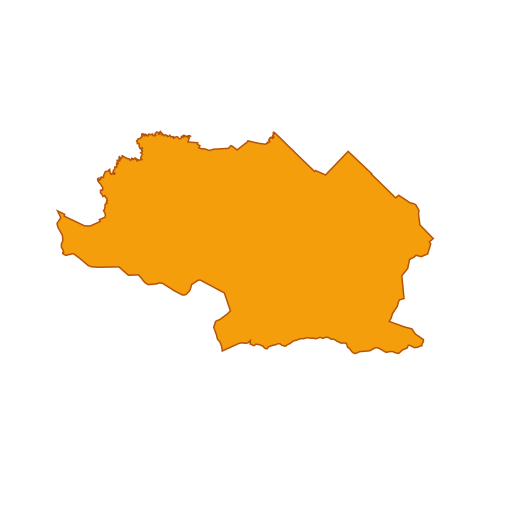 Kārķu pag., Valkas, Latvia, rotated 328°
{"feature_id": "27541924B33710891924664", "entity_name": "Kārķu pag.", "entity_type": "district", "adm_level": 2, "iso_a3": "LVA", "parent_name": "Latvia", "parent_adm1": "Valkas", "projection": "mercator", "projection_center": [25.591, 57.815], "detail": "fine", "context": "isolated", "style": "filled", "palette": "amber", "viewbox_px": 512, "rotation_deg": 328, "n_neighbors": 0, "source": "geoboundaries", "source_scale": "gbopen_adm2", "svg_char_len": 6094}
<svg xmlns="http://www.w3.org/2000/svg" viewBox="0 0 512 512"><g transform="rotate(328 256 256)"><path d="M337.0,160.8L336.4,160.3L336.1,160.4L336.0,161.1L336.3,161.4L336.1,162.1L335.1,161.8L334.6,162.6L333.9,162.8L333.6,163.3L333.6,164.0L334.2,164.6L333.8,165.0L332.4,165.1L332.1,164.2L332.2,163.7L332.0,163.4L331.4,163.2L330.8,163.7L330.0,163.2L328.8,164.3L328.2,164.4L328.5,165.9L327.9,165.8L327.2,166.6L326.1,165.6L325.8,165.6L325.4,166.4L324.6,166.1L323.4,166.3L318.0,161.9L310.2,154.1L309.9,154.6L296.1,156.0L294.4,151.1L293.7,149.6L293.2,149.1L289.7,150.1L276.5,142.9L272.4,141.8L269.3,138.0L266.5,136.0L264.8,134.0L266.9,132.8L265.5,130.2L266.6,129.1L258.8,123.3L262.9,119.6L263.4,119.4L263.9,119.6L263.9,119.3L263.6,118.9L263.3,118.9L262.4,118.2L262.3,119.2L261.6,118.8L261.3,119.3L261.0,119.2L260.6,118.5L260.6,117.8L259.3,117.2L259.6,116.8L259.3,116.6L259.2,116.2L259.3,116.0L258.9,115.4L258.3,115.7L258.4,115.9L258.1,116.2L257.7,115.8L257.6,115.3L257.2,115.2L256.4,115.6L256.1,115.4L256.0,115.9L256.3,116.3L255.1,116.1L254.3,116.5L253.4,116.2L252.8,115.0L252.8,114.2L252.2,112.9L249.7,112.2L248.9,112.8L248.5,112.6L248.5,112.2L249.1,111.6L249.2,111.1L248.7,110.6L247.0,110.1L246.9,109.7L247.1,108.1L247.0,107.9L245.7,108.3L244.3,107.9L244.2,107.7L244.6,107.0L244.5,106.8L244.0,106.4L243.6,105.3L242.9,105.1L242.0,105.4L241.8,103.7L241.3,103.3L240.5,103.5L241.3,102.2L241.1,101.8L241.1,101.2L240.8,100.8L240.9,99.7L240.0,99.9L239.0,101.8L238.2,101.5L238.0,100.8L238.6,99.8L237.6,98.2L235.4,98.7L235.0,99.5L234.1,99.9L234.7,100.1L234.9,100.4L234.0,100.6L232.5,99.4L232.5,98.5L233.1,98.1L232.9,97.7L230.7,97.2L230.0,95.9L229.1,95.9L228.6,96.1L228.5,96.7L227.6,96.8L226.7,95.5L227.2,94.9L226.8,94.3L226.1,94.7L225.8,93.7L225.2,94.0L225.5,94.8L224.9,94.9L224.5,93.2L224.9,92.6L224.5,92.1L224.0,92.0L223.2,92.7L222.7,94.5L221.7,94.3L220.2,95.1L218.1,94.1L217.3,95.0L216.1,94.9L215.6,95.2L215.7,96.8L215.1,97.3L214.9,97.9L216.3,98.6L216.4,99.2L214.9,101.2L215.0,101.9L214.6,103.0L215.0,103.8L216.7,103.9L216.9,104.0L216.9,104.3L215.1,105.2L215.1,105.6L215.6,106.0L215.0,106.5L215.0,107.3L212.9,107.4L213.5,108.4L213.6,109.6L210.3,111.4L210.1,112.2L210.5,113.5L210.2,113.8L209.3,113.1L207.9,113.0L206.9,111.7L206.0,112.4L205.5,112.4L205.5,111.7L206.2,110.6L205.9,110.2L205.1,110.0L205.2,109.7L205.7,109.3L205.3,108.7L202.5,109.0L202.3,108.6L202.9,108.0L202.5,107.3L200.6,108.3L200.0,108.2L200.0,106.6L199.9,106.3L198.8,105.6L198.2,104.3L197.3,103.5L196.9,102.3L195.8,100.2L195.3,100.2L194.9,101.2L194.5,101.7L193.6,101.9L193.1,101.5L192.8,99.4L192.2,99.6L191.5,100.8L191.5,101.1L192.2,101.3L191.6,101.6L192.0,102.0L191.9,102.4L191.3,102.4L190.8,103.2L190.3,103.1L189.9,101.7L189.1,101.4L189.4,102.1L189.3,102.5L188.6,102.5L188.5,103.1L187.7,103.2L188.1,104.1L188.0,104.7L187.4,104.8L186.7,103.8L186.1,104.5L185.2,106.7L184.4,106.7L183.6,105.7L183.4,105.7L182.2,107.4L180.1,108.0L179.6,108.8L180.1,111.0L179.8,111.7L178.8,111.4L178.4,110.9L179.0,110.5L179.2,110.1L179.0,109.7L178.0,109.5L176.6,110.1L176.2,108.8L177.8,105.0L176.7,105.1L175.9,105.8L173.5,104.7L172.8,104.6L169.4,107.0L168.3,108.5L167.7,108.3L166.9,107.1L166.5,107.0L166.0,107.3L165.0,108.7L163.3,108.7L162.8,108.5L163.4,107.9L163.3,107.6L163.5,107.2L164.2,106.8L163.6,106.5L162.9,106.6L162.2,107.0L161.8,108.3L161.8,110.4L162.3,112.7L162.3,113.6L162.0,114.4L162.3,115.8L162.2,117.0L161.2,118.4L160.6,118.8L160.0,118.0L159.0,117.8L157.6,120.0L158.0,121.9L157.7,124.5L159.9,124.6L159.9,125.2L159.6,125.5L159.5,127.0L160.1,127.8L160.1,128.5L159.0,129.7L159.3,130.3L158.8,130.8L157.7,131.0L157.9,131.4L157.4,131.5L157.2,132.4L155.3,132.2L154.9,133.1L152.2,136.3L150.8,136.6L150.5,140.2L149.6,142.0L149.0,142.7L148.3,143.1L142.4,142.1L142.1,144.2L131.4,142.7L126.6,139.6L114.5,120.6L115.8,119.3L111.6,112.6L111.3,115.7L110.7,120.1L104.8,122.8L104.3,123.3L103.2,126.8L102.8,135.8L100.4,140.5L97.1,142.9L95.6,145.6L95.5,148.8L95.1,149.6L94.8,151.0L93.8,150.9L93.4,151.6L93.9,152.8L95.1,154.7L102.3,157.1L105.2,164.3L108.5,174.8L110.4,177.6L115.7,181.6L133.9,192.5L137.6,204.7L146.3,209.7L147.1,213.9L147.2,216.6L147.5,217.6L147.5,219.0L149.3,223.1L157.2,227.1L159.5,227.5L162.2,229.5L168.4,242.4L172.9,250.0L174.8,251.2L176.5,251.5L180.5,250.5L182.4,249.7L186.3,246.1L193.9,245.9L195.9,246.7L209.6,270.6L205.2,289.0L200.6,290.0L190.9,290.7L189.4,290.2L187.1,290.1L182.4,294.0L180.7,301.8L179.3,306.0L179.3,306.5L179.8,309.1L179.5,312.0L178.8,314.9L177.0,318.7L194.7,321.0L197.2,321.7L201.6,324.9L203.5,325.4L206.5,324.6L204.4,327.5L204.8,327.7L205.7,329.7L206.5,330.7L207.3,331.1L209.2,330.6L212.2,333.4L213.5,335.3L214.1,335.7L214.2,337.3L214.8,339.4L216.6,340.6L218.3,339.6L223.3,340.8L226.1,341.8L228.3,342.0L230.0,343.5L230.5,345.2L232.5,347.6L233.5,348.2L235.2,347.8L238.3,348.2L242.6,347.9L247.1,349.2L249.0,349.3L252.9,351.5L254.8,351.9L257.5,353.3L258.3,354.4L261.6,356.4L261.8,357.1L263.2,358.0L267.2,358.9L269.3,361.4L271.9,361.8L273.8,363.1L274.9,364.6L275.7,366.5L277.2,367.2L278.5,368.8L279.7,371.6L280.7,372.6L281.1,373.8L281.6,374.6L286.1,377.5L286.2,378.0L286.0,379.8L285.3,381.9L285.7,382.5L286.3,384.1L286.4,384.8L286.2,385.2L286.5,386.2L286.6,387.9L287.1,389.4L287.9,390.8L288.9,391.5L292.0,391.8L293.7,392.3L302.3,396.7L307.8,397.0L309.7,397.6L311.6,399.8L315.0,406.2L316.0,407.0L318.4,407.8L320.6,409.0L321.6,409.9L322.7,411.6L324.9,414.0L326.2,414.1L330.4,413.3L335.5,414.1L337.4,412.7L338.3,412.7L338.9,413.0L341.3,417.0L342.2,418.0L345.4,419.2L348.1,419.4L348.9,420.0L350.5,418.5L352.7,417.2L353.7,415.5L349.9,406.9L349.7,405.3L349.6,400.4L344.0,394.5L334.3,382.1L337.6,380.4L342.0,376.5L342.3,376.7L349.3,373.5L351.9,370.9L354.3,369.2L359.0,370.5L369.2,350.0L378.0,347.0L384.4,340.3L389.7,340.7L392.1,340.2L395.7,344.1L402.7,345.2L410.7,338.2L410.4,336.0L415.6,335.1L415.4,334.6L411.5,316.5L416.0,306.5L418.4,303.7L418.6,297.0L416.7,294.3L415.2,292.9L413.9,290.8L413.6,289.7L409.2,280.1L405.2,280.7L397.5,248.9L397.2,247.7L397.7,247.6L389.6,216.1L357.9,224.1L351.8,215.1L350.5,215.5L343.7,188.3L343.7,187.7L341.5,179.3L340.0,172.5L337.0,160.8Z" fill="#f59e0b" stroke="#b45309" stroke-width="1.5"/></g></svg>